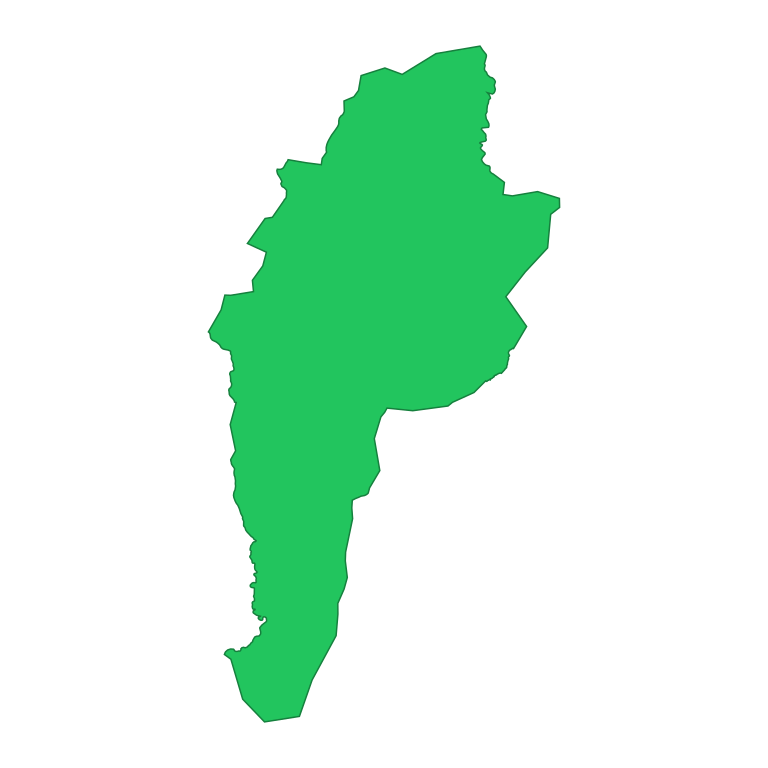 Otgon, Dzavhan, Mongolia (Albers equal-area conic projection)
{"feature_id": "93677404B32198564408141", "entity_name": "Otgon", "entity_type": "district", "adm_level": 2, "iso_a3": "MNG", "parent_name": "Mongolia", "parent_adm1": "Dzavhan", "projection": "albers", "projection_center": [97.63, 47.271], "detail": "fine", "context": "isolated", "style": "filled", "palette": "green", "viewbox_px": 768, "rotation_deg": 0, "n_neighbors": 0, "source": "geoboundaries", "source_scale": "gbopen_adm2", "svg_char_len": 6096}
<svg xmlns="http://www.w3.org/2000/svg" viewBox="0 0 768 768"><path d="M247.4,243.5L266.4,252.2L262.8,265.9L252.4,280.3L253.5,291.6L230.7,295.3L224.9,295.1L221.1,309.9L208.4,331.9L209.2,332.5L209.7,333.2L210.1,334.3L210.5,337.4L210.7,337.9L211.0,338.5L212.3,340.1L215.9,341.8L217.5,342.9L219.5,344.7L220.1,345.6L221.0,347.3L222.4,348.6L223.8,349.2L228.2,350.1L230.4,351.1L230.6,351.5L230.6,353.7L231.5,355.4L231.6,356.3L231.4,358.3L231.4,359.0L232.5,361.6L233.3,363.8L233.1,365.5L233.2,366.1L233.6,366.9L234.0,368.7L233.9,369.9L233.5,370.5L233.0,370.9L230.7,371.8L230.3,372.3L229.8,373.3L229.8,374.5L230.3,375.7L230.4,376.3L230.7,379.6L230.6,380.8L230.7,381.3L231.4,382.8L231.7,384.0L231.5,385.5L231.3,386.3L231.0,386.9L230.1,388.0L229.1,388.9L228.9,389.5L228.8,390.4L229.1,391.7L229.3,394.3L230.0,395.7L233.2,399.0L233.7,399.9L234.3,400.6L234.5,402.0L235.2,402.4L236.2,402.5L230.2,424.6L235.6,450.8L230.7,459.6L230.9,461.1L231.3,462.4L231.3,463.1L231.7,464.4L232.8,466.2L233.1,466.4L234.6,468.8L234.1,471.5L234.0,473.0L234.3,475.4L234.9,476.7L235.0,477.3L235.5,480.8L235.3,483.8L235.6,486.0L235.1,489.7L234.1,491.9L233.8,493.2L233.5,495.3L233.9,497.6L235.2,501.1L236.5,503.6L237.3,504.5L237.9,505.4L239.3,508.6L240.9,513.7L242.7,517.0L242.5,518.7L243.7,521.3L243.6,525.5L244.0,526.5L244.8,527.2L245.1,527.9L245.7,530.0L247.1,532.0L251.3,536.5L252.6,537.3L253.3,538.0L254.1,539.4L256.1,540.6L255.9,541.2L255.3,541.7L253.8,541.9L252.7,542.9L251.9,544.4L250.9,545.7L250.1,549.1L250.3,550.3L251.2,551.1L251.3,551.7L251.3,552.1L250.9,552.7L251.0,554.5L249.9,556.2L249.8,556.9L251.8,560.1L252.0,560.8L252.1,562.2L252.5,563.0L253.0,563.2L254.3,563.1L254.7,563.4L254.9,564.3L254.6,566.5L254.7,568.2L254.9,569.1L255.1,569.7L255.7,570.5L256.9,571.7L257.0,572.2L256.9,572.6L256.5,572.8L255.9,573.2L254.5,573.5L254.2,573.8L254.0,574.0L253.9,574.7L254.2,575.3L255.5,576.4L256.0,577.4L256.3,578.4L256.0,579.9L256.1,582.1L256.0,582.5L255.5,582.8L254.4,582.6L253.4,582.6L252.2,583.0L250.6,584.6L250.3,585.1L250.2,585.6L250.4,586.6L250.8,587.0L251.8,587.5L253.8,587.8L254.1,587.9L254.4,588.3L254.3,593.5L254.1,594.9L253.7,595.8L253.6,596.5L254.4,598.2L254.5,600.3L254.4,600.9L254.1,601.1L252.9,601.7L252.3,602.4L252.2,603.3L252.5,604.7L252.2,606.7L252.6,608.4L253.0,609.0L253.7,609.3L254.7,609.1L255.0,609.2L255.1,609.4L255.0,609.8L254.8,609.9L253.3,610.9L253.2,611.3L253.1,612.3L253.2,612.7L253.7,613.2L256.4,615.1L257.8,615.6L260.5,616.2L260.4,616.4L258.6,617.1L258.3,617.7L258.3,618.4L258.5,618.7L259.3,619.6L260.9,620.3L262.1,620.2L262.7,619.6L262.8,618.0L263.0,617.4L263.5,616.9L264.7,616.9L265.1,617.0L266.0,617.6L266.3,618.1L266.6,620.6L266.5,621.2L266.1,621.8L262.4,624.6L261.7,625.3L259.9,627.5L259.8,627.9L259.8,628.3L260.7,631.9L260.7,633.4L260.4,634.4L259.0,636.0L256.3,636.3L254.8,637.0L254.5,637.4L253.0,640.0L252.8,640.5L252.7,641.4L252.6,641.7L250.8,643.2L249.8,644.8L249.0,645.2L248.3,645.8L247.3,647.0L245.2,647.8L243.5,647.3L242.0,647.7L241.6,648.0L241.2,648.7L241.0,648.8L241.1,649.0L240.6,650.5L239.9,651.1L238.6,651.0L237.3,651.4L235.7,651.4L234.9,651.0L234.6,650.7L234.3,650.3L233.9,649.5L233.5,649.2L230.7,649.0L229.3,649.4L227.6,650.0L225.6,651.8L225.2,652.4L224.4,654.5L230.9,659.2L242.7,699.2L264.5,721.9L299.4,716.4L312.1,680.0L336.1,635.7L337.9,614.1L337.8,603.4L344.1,589.0L347.3,577.5L345.3,560.9L345.6,552.1L352.6,518.7L351.8,507.9L352.3,500.2L355.6,498.5L358.9,497.2L360.9,496.2L364.6,495.5L366.3,494.7L367.4,493.9L368.2,493.1L369.3,489.0L369.5,488.0L379.8,470.6L374.3,438.6L380.9,416.9L384.7,412.3L387.0,408.1L412.8,410.7L448.0,406.0L452.5,402.3L474.0,392.5L485.6,380.9L486.2,381.3L486.8,381.4L487.8,380.5L488.8,380.2L489.6,379.4L489.9,379.4L490.1,379.8L490.3,379.9L490.6,378.8L491.2,378.8L492.3,378.1L492.7,377.6L493.7,377.1L493.8,376.7L494.2,376.5L494.2,375.9L494.4,375.6L495.8,375.2L496.1,374.7L496.6,374.8L497.5,374.0L498.0,373.9L498.6,373.5L499.6,373.2L500.9,373.1L501.4,373.3L504.9,369.5L505.2,368.8L505.7,368.5L506.5,367.7L506.7,367.2L506.8,365.6L507.4,364.5L507.4,363.2L507.7,361.7L508.1,360.2L508.5,359.4L508.6,358.6L508.4,357.5L508.5,356.9L509.1,356.3L509.4,355.8L509.4,355.2L508.7,354.3L508.4,352.5L508.6,351.8L509.6,350.2L510.9,349.6L511.5,349.0L512.0,348.9L513.0,348.2L513.4,348.6L513.7,348.4L513.8,348.0L515.2,345.8L526.6,326.5L505.8,296.7L525.2,272.0L547.6,247.9L550.7,214.3L559.6,207.4L559.4,198.4L537.6,191.6L512.4,195.9L503.0,194.5L504.4,182.4L493.2,174.0L491.4,173.1L490.0,171.4L489.7,169.9L490.0,169.1L490.0,167.2L489.4,166.1L485.9,165.1L484.3,163.9L482.5,161.8L481.5,159.6L482.3,157.7L485.1,154.1L485.0,153.2L484.8,152.6L482.3,150.6L480.6,148.7L480.5,147.7L482.2,145.7L482.4,145.0L481.8,144.3L480.5,143.7L479.8,143.0L480.1,142.5L482.0,141.9L485.2,141.2L486.1,140.4L486.2,139.3L485.7,137.8L486.0,136.1L485.6,134.2L484.1,132.6L482.6,130.7L481.3,129.3L481.6,128.5L482.3,127.9L488.5,127.3L489.0,125.9L488.9,123.9L487.8,121.4L486.3,118.9L485.6,114.8L485.7,114.3L487.0,111.8L486.9,110.0L487.4,105.4L488.3,103.3L488.6,101.5L488.8,99.8L490.4,98.4L490.3,97.3L489.2,94.8L487.4,92.7L490.1,93.5L492.5,94.0L494.0,92.9L494.9,91.2L495.3,89.1L494.5,86.3L494.3,85.1L495.3,82.1L495.3,81.4L494.2,79.5L492.5,77.9L490.0,77.1L487.5,74.9L486.4,72.2L485.0,70.9L484.4,69.1L484.6,67.5L485.1,65.7L485.0,64.9L484.4,63.9L486.3,56.8L486.4,55.6L486.1,54.4L482.7,50.2L480.0,46.1L436.0,53.6L402.2,74.4L384.9,68.0L361.1,75.6L358.5,90.5L353.9,96.8L344.0,101.0L344.3,111.3L343.9,112.5L342.9,114.4L342.4,115.0L341.2,115.7L339.6,117.8L339.2,118.7L338.8,120.9L338.8,123.1L338.5,124.8L337.5,126.8L334.9,130.6L331.6,135.1L329.0,139.6L327.8,142.0L326.9,144.3L326.2,147.4L326.2,150.7L326.6,152.2L322.2,158.4L321.3,164.7L306.4,162.8L288.1,159.7L287.4,161.4L286.1,162.9L284.0,166.9L283.0,168.2L281.2,169.2L279.2,169.4L277.3,169.2L276.9,170.4L276.9,171.0L277.3,172.9L277.7,174.1L280.1,177.9L281.6,180.8L281.8,181.6L281.6,182.4L281.0,183.2L280.9,183.9L281.2,184.7L281.5,185.2L281.8,186.1L282.2,186.6L284.4,187.8L286.5,190.1L286.6,191.8L286.4,192.9L286.5,194.4L286.2,197.3L285.8,198.2L284.2,199.9L284.1,200.4L272.4,217.3L265.1,218.5L247.4,243.5Z" fill="#22c55e" stroke="#15803d" stroke-width="1.5"/></svg>